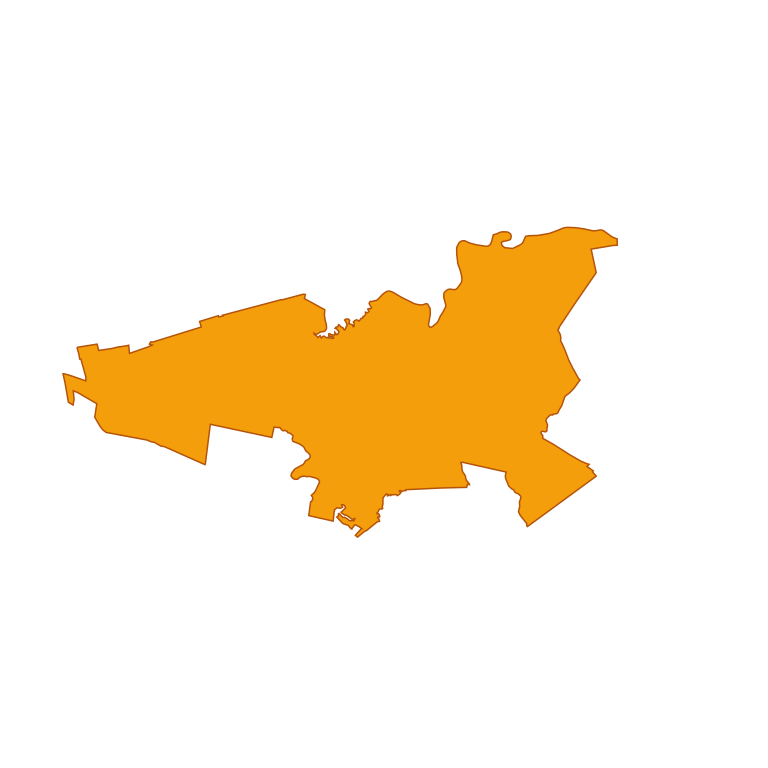 Ghimpati, Giurgiu, Romania, rotated 237°
{"feature_id": "2599482B55466329645382", "entity_name": "Ghimpati", "entity_type": "district", "adm_level": 2, "iso_a3": "ROU", "parent_name": "Romania", "parent_adm1": "Giurgiu", "projection": "natural_earth1", "projection_center": [25.769, 44.173], "detail": "fine", "context": "isolated", "style": "filled", "palette": "amber", "viewbox_px": 768, "rotation_deg": 237, "n_neighbors": 0, "source": "geoboundaries", "source_scale": "gbopen_adm2", "svg_char_len": 6171}
<svg xmlns="http://www.w3.org/2000/svg" viewBox="0 0 768 768"><g transform="rotate(237 384 384)"><path d="M458.5,519.0L453.3,515.7L444.6,511.4L438.5,510.0L433.0,508.2L429.5,506.5L427.8,505.1L426.7,503.6L425.5,500.5L424.5,497.8L424.3,495.7L424.8,494.3L427.6,491.1L428.4,489.3L428.5,487.7L428.0,484.6L427.6,483.9L426.5,482.9L423.9,481.2L417.0,479.0L415.2,477.9L412.3,472.8L410.4,468.5L407.0,463.3L406.3,461.0L406.2,458.5L405.8,456.8L405.9,454.9L406.2,453.9L406.8,453.4L408.5,453.2L410.0,454.0L417.1,460.7L418.8,461.8L422.2,463.8L427.3,464.1L428.0,463.6L428.6,462.6L429.3,459.6L430.5,457.6L433.2,454.6L435.3,452.9L447.3,445.8L456.0,441.5L458.5,439.7L459.8,437.8L460.2,435.9L460.0,432.0L458.2,424.2L458.3,422.8L458.9,421.8L459.8,418.7L460.5,417.9L460.7,417.2L460.2,416.0L459.5,415.3L454.6,415.0L454.4,413.5L455.4,412.7L455.8,411.6L455.5,411.1L453.3,411.0L452.9,410.7L452.7,409.1L454.3,407.5L452.5,406.4L451.6,405.0L452.1,403.2L450.8,402.2L451.6,400.5L451.0,399.5L450.4,397.2L452.1,396.6L452.9,395.6L453.1,394.7L452.9,392.5L452.7,392.0L451.1,392.1L450.2,391.2L448.5,390.3L448.8,389.4L450.9,389.7L453.7,387.5L456.1,389.8L457.4,389.7L458.6,388.7L459.3,387.1L459.2,386.1L458.9,385.7L457.7,385.9L455.5,385.7L453.3,385.0L452.9,384.6L452.8,383.7L451.4,381.9L450.8,380.7L450.8,380.4L451.3,380.1L453.5,380.2L455.3,379.0L457.4,378.8L458.5,378.2L457.3,376.7L457.4,375.7L457.8,374.5L457.3,373.3L456.1,374.4L455.2,374.3L452.9,374.8L452.0,374.2L451.1,372.7L451.0,371.8L451.0,371.4L451.4,371.1L454.1,370.9L452.1,369.6L452.0,368.9L454.3,366.5L456.0,365.7L456.2,365.2L454.3,363.6L451.4,367.0L450.4,367.2L449.9,366.2L454.8,360.5L456.8,359.8L457.2,358.9L456.7,356.6L459.4,356.7L458.9,354.0L461.8,353.4L463.5,352.6L464.7,353.0L463.1,353.6L462.6,354.1L462.2,355.9L462.3,358.8L460.6,362.6L460.7,364.0L462.0,366.2L465.2,368.0L469.3,369.3L474.2,371.5L478.5,374.8L498.9,363.8L501.9,366.8L502.5,366.3L503.4,364.8L509.4,346.4L510.4,343.8L510.7,343.8L529.6,286.0L528.8,286.0L529.8,282.9L530.2,282.0L531.5,282.3L536.9,263.4L531.3,261.8L545.1,212.9L546.4,211.4L545.2,209.0L544.4,209.4L542.9,210.8L543.5,206.7L548.3,187.2L555.6,191.0L556.2,189.1L560.1,180.5L562.0,175.1L567.5,163.0L573.7,165.1L581.7,147.0L581.3,146.2L576.2,144.7L570.6,142.4L570.0,143.4L552.3,137.8L549.0,135.6L560.0,127.1L566.3,121.8L567.4,120.4L558.9,117.2L540.6,109.4L535.7,111.8L539.8,115.6L547.5,119.7L543.9,122.3L523.9,132.4L513.7,123.3L503.2,122.8L498.6,123.2L494.7,124.6L466.2,154.6L462.8,156.9L459.8,159.8L453.7,162.9L450.8,165.9L413.9,189.9L414.0,190.4L444.8,216.4L400.3,260.8L407.7,268.3L404.8,271.8L404.5,272.9L401.4,273.2L399.6,273.9L399.5,274.8L398.9,275.8L398.4,275.9L396.9,277.1L395.8,276.7L393.8,278.4L390.5,279.5L389.3,278.9L388.1,277.2L386.1,276.4L385.1,276.6L380.5,280.0L376.1,282.1L374.7,282.4L370.3,282.0L367.3,283.0L364.6,283.3L363.3,282.6L362.2,281.0L362.0,279.1L362.3,276.1L361.4,274.6L360.7,272.9L360.6,272.0L361.3,263.5L361.0,261.9L359.4,257.8L357.5,255.9L354.4,256.2L352.6,257.3L351.2,259.7L351.6,263.0L350.9,265.6L349.8,267.4L348.4,268.6L347.4,270.7L346.3,271.9L342.1,275.7L339.8,277.0L337.0,276.7L332.0,268.9L330.9,266.4L330.2,262.4L328.0,262.4L326.4,261.6L325.1,259.7L325.1,258.2L314.6,249.2L296.7,266.7L303.1,271.9L303.7,272.1L304.2,273.0L305.7,274.3L305.5,275.1L305.8,277.2L303.4,279.9L303.3,282.3L305.7,282.7L304.9,284.1L304.3,284.5L303.1,284.7L301.1,284.3L299.9,279.0L299.9,278.2L299.2,278.1L295.8,279.5L295.0,280.1L294.9,280.7L293.9,281.3L287.9,283.5L286.9,286.2L285.7,284.3L287.7,281.2L288.6,280.5L291.5,279.5L293.7,278.2L294.5,276.8L299.9,275.8L300.0,275.2L298.1,273.7L298.3,272.4L298.1,272.0L289.8,273.4L288.2,274.3L284.8,277.1L282.2,277.2L280.2,277.7L279.8,278.1L280.6,279.0L281.0,281.0L281.7,282.0L281.8,283.0L278.4,285.2L274.8,286.6L275.0,286.2L272.7,277.6L270.0,278.4L271.1,288.1L270.7,288.5L270.6,289.8L272.1,303.4L271.3,305.4L271.9,305.5L272.3,306.0L274.1,306.1L275.2,305.7L275.9,306.8L274.9,307.9L275.3,308.4L277.4,308.9L278.3,308.6L278.8,307.6L279.1,307.4L279.6,307.8L279.9,309.1L281.5,311.9L281.0,313.4L280.3,314.2L280.4,315.2L281.7,315.4L283.8,317.6L289.0,321.1L290.5,325.5L290.2,326.5L289.4,326.9L288.8,326.7L288.6,325.9L288.3,325.9L288.1,326.4L288.4,327.8L287.9,328.3L287.1,328.3L286.9,328.7L286.9,329.7L287.2,329.8L286.8,330.2L286.9,330.7L286.0,331.3L285.5,332.6L284.5,334.1L283.3,334.2L283.1,334.5L283.1,336.9L283.7,339.0L284.4,339.8L285.5,338.4L286.0,338.5L286.1,339.1L285.9,339.6L284.5,340.1L283.9,341.4L283.7,342.8L282.7,344.1L283.5,344.7L265.7,375.2L252.3,397.0L254.4,399.4L253.1,400.9L254.7,401.1L257.8,400.7L260.3,401.1L262.3,402.1L264.8,402.3L266.9,402.0L270.4,403.1L273.5,405.0L276.3,405.6L275.5,407.3L243.6,438.5L241.0,435.8L239.0,434.7L230.4,433.0L226.5,434.0L224.3,435.3L223.2,434.8L221.5,435.0L218.5,436.9L215.6,437.5L214.0,436.9L211.3,433.3L207.6,431.3L203.6,427.2L199.5,426.7L189.3,427.7L187.4,426.5L186.3,426.7L191.1,511.8L196.8,511.0L197.2,512.2L204.3,509.3L204.9,512.3L207.0,510.5L212.1,507.1L223.6,501.2L241.4,493.1L251.9,487.6L254.2,489.0L256.8,488.9L257.8,489.2L258.3,489.9L258.2,490.8L257.5,491.9L255.9,493.3L256.0,495.2L258.1,496.3L258.5,497.1L260.5,498.8L265.0,499.8L266.5,501.5L267.5,506.6L266.1,508.6L266.5,509.2L266.4,509.9L265.1,512.6L265.0,513.9L267.0,517.0L268.9,521.1L274.7,528.5L275.1,529.7L275.5,534.8L276.4,538.7L277.2,541.7L280.6,550.5L281.0,550.7L282.2,550.1L294.7,551.0L302.9,551.9L315.2,554.5L322.1,555.5L323.6,555.4L326.0,557.2L328.7,558.5L330.2,558.9L333.8,559.1L335.0,559.7L335.1,560.8L336.0,561.5L336.5,562.4L347.7,588.4L361.8,622.6L384.3,631.2L375.2,652.1L373.3,655.1L378.7,658.6L381.7,656.3L383.9,655.1L392.8,651.7L394.4,650.6L395.5,649.1L397.3,644.9L398.6,642.7L404.7,636.7L410.5,630.2L415.7,622.8L417.1,619.6L418.5,612.1L420.3,604.5L424.8,594.0L429.5,586.2L430.7,583.2L426.8,577.0L426.6,576.0L426.6,573.4L427.6,565.7L432.5,559.6L435.3,558.6L437.0,558.7L438.6,559.4L438.9,559.9L438.4,562.5L437.2,565.1L436.4,568.1L436.6,569.1L437.9,570.6L439.5,571.6L440.6,571.8L442.1,571.5L444.2,570.4L446.8,566.8L448.0,564.2L448.5,560.6L449.6,556.9L444.9,551.9L443.3,549.4L442.9,547.4L443.4,545.4L444.0,544.5L450.2,537.5L455.1,533.0L460.2,529.7L461.6,527.4L461.8,524.5L459.9,520.8L458.5,519.0Z" fill="#f59e0b" stroke="#b45309" stroke-width="1.5"/></g></svg>